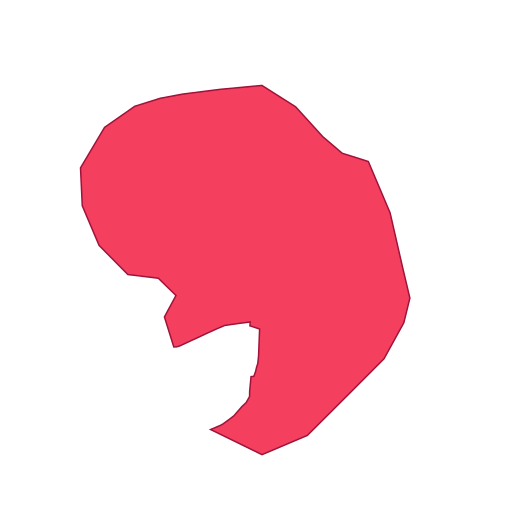 Kumasi Metropolitan, Ashanti, Ghana, rotated 157°
{"feature_id": "2480657B53854728613413", "entity_name": "Kumasi Metropolitan", "entity_type": "district", "adm_level": 2, "iso_a3": "GHA", "parent_name": "Ghana", "parent_adm1": "Ashanti", "projection": "equal_earth", "projection_center": [-1.615, 6.69], "detail": "fine", "context": "isolated", "style": "filled", "palette": "rose", "viewbox_px": 512, "rotation_deg": 157, "n_neighbors": 0, "source": "geoboundaries", "source_scale": "gbopen_adm2", "svg_char_len": 792}
<svg xmlns="http://www.w3.org/2000/svg" viewBox="0 0 512 512"><g transform="rotate(157 256 256)"><path d="M365.6,114.0L328.1,70.8L278.8,70.8L221.9,93.7L178.3,111.4L146.0,136.8L130.8,157.1L125.2,190.0L115.7,243.3L115.7,299.1L136.5,316.9L147.9,339.7L161.2,377.8L183.9,410.7L223.8,423.4L259.8,433.6L282.5,438.6L309.1,441.2L345.1,433.6L383.1,405.7L396.3,370.1L396.3,327.0L381.2,289.0L354.6,273.7L345.1,250.9L364.1,235.7L367.2,204.4L364.6,203.4L361.8,203.0L331.8,204.0L320.4,204.3L312.0,204.3L305.5,202.6L296.2,200.1L287.1,197.5L288.9,194.1L281.2,187.4L292.8,162.8L296.4,156.3L298.7,153.7L301.4,150.0L305.0,146.1L307.7,146.9L314.9,133.6L316.8,129.2L322.2,125.0L327.8,122.9L338.9,117.5L344.4,116.1L352.1,114.3L355.2,114.0L365.6,114.0Z" fill="#f43f5e" stroke="#9f1239" stroke-width="1.5"/></g></svg>